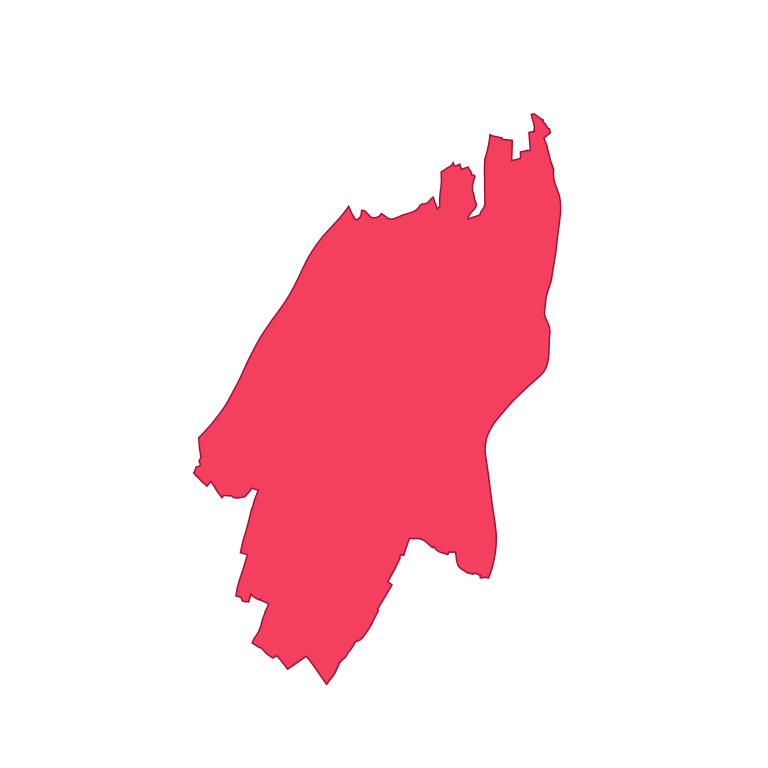 the district of Overbetuwe, Gelderland, Netherlands, rotated 108°
{"feature_id": "6326949B83262310623938", "entity_name": "Overbetuwe", "entity_type": "district", "adm_level": 2, "iso_a3": "NLD", "parent_name": "Netherlands", "parent_adm1": "Gelderland", "projection": "natural_earth1", "projection_center": [5.758, 51.922], "detail": "fine", "context": "isolated", "style": "filled", "palette": "rose", "viewbox_px": 768, "rotation_deg": 108, "n_neighbors": 0, "source": "geoboundaries", "source_scale": "gbopen_adm2", "svg_char_len": 6002}
<svg xmlns="http://www.w3.org/2000/svg" viewBox="0 0 768 768"><g transform="rotate(108 384 384)"><path d="M536.2,224.6L531.8,224.4L524.2,224.4L520.2,224.7L512.3,225.6L509.9,226.0L504.2,227.2L499.8,228.4L496.0,229.5L490.4,231.6L484.2,234.4L478.8,237.0L467.4,242.8L439.2,256.1L419.2,266.0L416.8,267.0L414.8,267.7L411.5,268.5L408.5,269.1L404.7,269.6L400.4,269.6L397.1,269.2L393.6,268.6L390.7,268.0L387.2,267.1L383.9,266.0L366.1,258.8L359.2,255.6L345.6,248.3L342.0,246.4L331.7,240.2L328.4,238.3L325.4,236.8L322.0,235.6L318.2,234.9L314.1,234.9L310.3,235.3L306.2,236.0L286.3,241.7L284.2,241.9L281.7,242.9L278.6,244.4L276.7,245.8L271.9,250.2L269.4,252.2L266.9,253.4L252.1,256.5L246.2,256.9L236.5,256.8L232.8,257.1L208.7,260.8L201.5,262.1L191.1,264.3L183.2,265.7L166.9,269.0L165.0,269.4L159.7,271.2L155.6,272.9L152.2,274.6L149.3,276.4L141.0,282.9L137.6,285.2L136.5,285.8L132.8,287.5L129.0,288.6L128.0,288.7L120.4,294.4L107.4,302.7L107.2,302.5L101.9,307.0L101.0,308.0L93.6,303.4L92.7,304.1L92.4,304.6L91.9,304.6L90.5,305.2L90.3,305.4L90.2,305.7L90.4,306.5L90.3,306.9L88.7,308.7L87.3,310.8L86.5,311.3L86.1,312.7L85.3,314.4L83.8,313.9L83.7,314.0L83.4,315.8L83.1,317.3L82.5,319.4L81.9,320.6L81.1,323.6L80.6,324.9L81.1,325.3L82.1,327.2L84.1,326.0L85.9,325.0L87.5,323.8L88.1,323.3L90.0,322.2L90.9,321.3L91.7,321.2L93.7,320.1L95.4,320.1L96.0,320.0L96.7,319.6L97.1,318.9L99.9,323.9L110.0,319.8L116.3,317.1L118.0,320.1L117.8,320.2L118.0,320.3L121.1,326.0L127.3,323.9L131.4,330.5L132.1,331.6L117.9,335.7L112.6,337.3L114.7,347.1L114.2,347.8L113.4,348.1L113.6,348.9L114.7,359.5L113.9,359.8L114.4,360.3L118.0,359.4L123.7,358.5L131.2,357.8L138.8,357.6L139.9,357.4L140.8,357.1L146.3,355.6L149.5,354.6L154.6,352.9L155.9,352.2L160.7,350.8L168.3,348.3L173.8,346.2L182.9,343.3L183.1,343.7L184.3,343.5L185.1,343.5L190.9,345.2L192.1,345.2L192.8,345.0L193.2,344.8L196.7,349.1L196.8,349.4L201.0,354.9L201.1,355.3L196.9,355.0L192.9,353.6L190.8,352.6L187.7,351.6L186.4,351.4L185.4,351.4L184.7,351.6L184.3,351.8L182.3,353.5L179.1,355.6L176.8,356.6L175.9,357.3L174.2,358.4L173.2,359.3L172.5,359.7L168.4,361.0L167.0,361.3L163.2,361.6L161.9,361.5L159.0,361.5L158.3,361.7L158.0,361.9L157.7,362.4L157.6,362.9L157.7,363.3L158.0,364.7L158.0,364.9L157.9,365.2L157.7,365.4L155.5,366.7L155.1,367.0L154.5,367.8L153.4,369.5L151.6,371.0L156.0,376.8L155.7,376.9L151.5,379.8L154.7,383.2L154.7,384.6L152.1,386.6L154.2,387.0L155.7,387.7L156.9,388.6L159.1,390.7L163.0,393.6L164.6,395.2L173.3,392.1L175.5,391.6L179.4,390.6L184.7,389.7L192.6,387.8L197.6,385.8L200.7,387.5L200.7,387.4L201.0,387.4L200.9,387.6L200.4,388.0L191.1,395.0L192.9,396.1L197.5,398.3L198.4,398.8L200.0,400.5L200.5,401.8L200.7,402.7L200.9,403.1L201.6,403.9L202.3,404.6L203.0,404.9L205.7,405.7L207.2,406.4L208.3,406.9L209.4,407.8L211.7,410.1L212.3,410.9L216.1,416.4L218.0,419.0L220.9,422.2L224.3,426.4L224.9,427.5L225.4,432.2L224.8,432.3L223.3,437.0L222.8,439.3L224.6,439.7L225.8,440.4L226.9,441.4L228.3,443.0L228.2,443.2L228.6,443.8L229.2,445.8L229.6,447.9L229.4,448.1L228.2,450.3L225.5,455.2L225.3,458.0L225.9,459.0L228.5,458.3L229.9,458.0L231.5,458.1L233.0,458.4L233.6,458.6L234.2,459.0L235.6,460.2L236.1,460.8L236.5,461.8L236.5,462.3L235.4,463.1L235.3,463.4L235.3,463.5L234.0,464.5L233.8,464.8L234.0,464.9L233.2,465.9L226.0,472.5L229.9,473.7L239.2,477.2L246.8,480.6L254.0,484.0L260.4,486.9L263.1,488.0L273.0,491.5L280.6,493.6L284.6,494.6L290.9,495.8L297.8,496.8L310.6,498.4L318.4,499.6L324.0,500.6L329.3,501.7L334.8,503.0L341.5,504.9L354.4,509.1L357.1,510.1L368.7,513.5L372.5,514.6L378.5,516.1L386.8,517.8L402.9,520.4L425.4,523.0L440.3,525.6L452.3,527.9L461.7,530.7L476.0,535.9L489.3,542.0L492.3,543.6L502.2,539.6L509.2,536.0L509.2,535.3L514.7,536.1L515.0,535.7L515.7,535.2L516.4,534.3L516.9,534.0L518.1,533.9L518.8,533.9L519.1,534.1L521.1,537.1L525.6,537.1L527.0,537.2L526.9,537.3L527.4,537.6L530.0,533.4L529.6,533.1L530.3,532.0L533.2,527.2L533.9,525.2L534.6,523.5L535.0,522.4L535.9,520.9L530.2,518.4L534.5,513.1L537.9,509.2L542.2,503.0L541.5,502.6L539.6,502.2L538.4,497.5L537.6,495.0L537.6,494.5L538.3,491.9L538.3,490.1L537.8,488.4L536.7,485.8L534.4,482.0L533.4,481.1L526.4,478.2L523.9,477.4L524.0,470.8L533.8,471.3L543.5,471.0L543.5,471.3L559.9,470.1L578.4,469.5L587.2,468.6L588.9,468.4L588.4,461.2L605.1,460.8L614.7,460.9L621.8,460.6L623.0,460.6L631.3,459.3L631.2,457.8L631.1,454.5L631.2,454.2L634.1,451.8L634.1,449.3L633.5,447.0L632.9,445.7L633.0,445.4L625.1,445.6L626.3,442.8L627.0,440.7L627.5,438.8L627.8,436.0L627.3,435.9L627.1,435.6L627.5,435.7L627.6,435.3L627.2,435.2L627.7,435.0L627.6,434.7L628.7,425.7L634.1,426.2L637.1,426.7L638.6,426.5L645.1,426.9L646.5,426.7L648.9,426.7L651.1,426.4L656.5,426.6L657.9,426.8L661.7,427.5L666.0,428.9L671.0,429.4L671.8,426.3L671.9,425.8L673.1,421.4L673.0,420.1L673.1,419.5L673.0,419.3L674.8,415.9L677.0,411.9L677.9,408.6L678.4,407.0L679.1,405.3L675.5,401.8L678.9,396.5L685.0,387.5L672.0,377.6L666.9,373.8L672.2,365.9L687.4,345.8L674.5,341.4L663.9,340.2L663.2,340.3L662.7,340.1L660.9,339.1L660.6,339.3L656.1,336.4L655.1,336.0L650.8,335.1L649.6,334.8L647.3,333.7L643.4,332.7L642.7,332.4L638.8,331.8L638.0,331.4L637.2,330.8L634.8,327.6L633.8,327.1L631.3,325.8L624.4,323.5L616.2,321.5L610.6,320.8L601.1,319.3L600.6,320.4L600.4,320.5L572.6,314.3L570.8,319.2L557.2,316.6L544.8,314.9L544.3,315.4L544.2,315.5L541.0,315.4L541.0,312.3L529.4,312.3L526.6,312.2L525.5,312.1L523.2,312.1L522.6,311.2L521.9,307.7L521.5,307.8L521.0,305.5L520.5,304.1L520.1,302.7L520.1,302.0L520.4,297.2L522.8,291.7L524.6,287.3L523.2,286.8L523.6,286.0L523.6,285.8L523.6,285.5L523.8,285.5L524.2,285.2L525.1,283.8L525.9,281.9L526.5,280.2L526.6,277.7L526.5,274.6L526.6,271.0L526.6,270.8L526.5,270.6L526.0,270.5L523.9,270.7L521.8,263.9L522.9,263.4L529.1,260.6L533.0,258.1L534.0,257.1L534.5,256.5L535.9,253.6L536.5,251.7L536.8,249.8L537.4,248.5L537.8,246.9L537.6,244.2L537.4,241.4L537.5,241.4L537.5,240.6L537.1,240.2L536.3,239.7L535.8,239.1L536.3,233.0L538.3,232.9L538.2,231.2L538.3,231.2L536.6,228.2L536.2,224.6Z" fill="#f43f5e" stroke="#9f1239" stroke-width="1.5"/></g></svg>